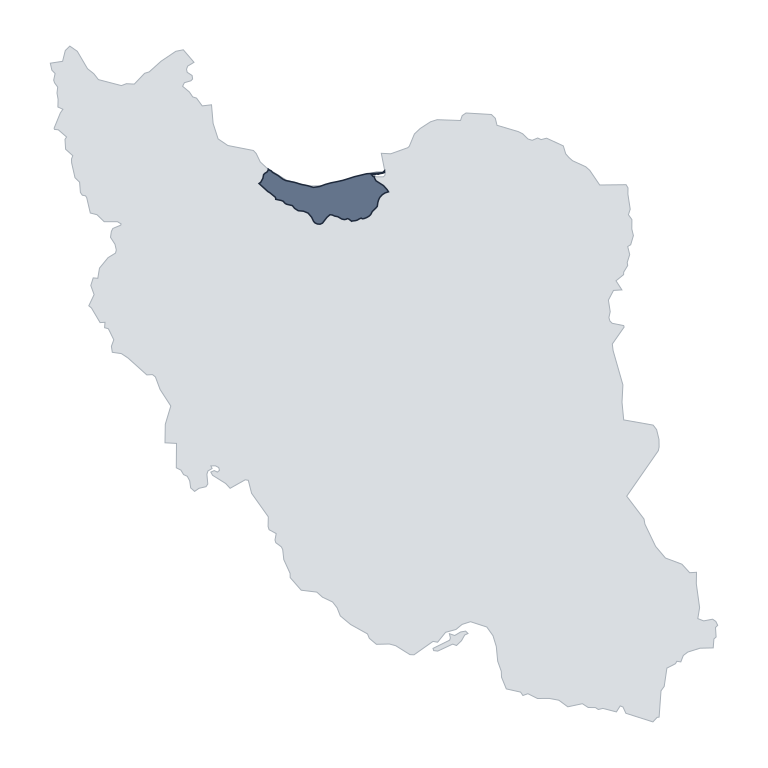 Mazandaran highlighted on a map of Iran
{"feature_id": "IRN-3214", "entity_name": "Mazandaran", "entity_type": "Province", "adm_level": 1, "iso_a3": "IRN", "parent_name": "Iran", "parent_adm1": "", "projection": "equal_earth", "projection_center": [52.513, 36.378], "detail": "fine", "context": "in_parent", "style": "filled", "palette": "slate", "viewbox_px": 768, "rotation_deg": 0, "n_neighbors": 0, "source": "natural_earth", "source_scale": "10m", "svg_char_len": 5074}
<svg xmlns="http://www.w3.org/2000/svg" viewBox="0 0 768 768"><path d="M381.3,153.3L390.7,153.8L407.8,147.7L409.3,146.3L414.4,134.0L420.3,128.4L430.5,121.8L437.1,119.7L460.5,120.5L462.2,115.6L466.0,113.0L491.4,114.5L495.3,118.3L497.0,125.3L518.3,131.6L522.7,133.8L528.0,139.0L532.2,140.3L537.7,138.0L541.1,139.6L546.6,138.2L563.3,145.9L565.7,153.8L568.8,157.4L572.5,160.7L585.8,166.8L589.8,170.4L599.7,185.0L626.1,184.7L628.0,187.9L627.9,194.2L630.2,209.2L628.4,214.7L631.9,219.6L631.8,229.0L633.4,235.6L630.7,244.7L627.7,246.5L629.7,254.6L627.2,262.5L627.7,265.5L623.7,272.1L623.6,274.6L616.0,280.8L621.9,289.9L613.5,290.4L608.4,300.1L610.2,311.7L608.9,317.6L609.9,321.0L612.2,323.3L623.7,325.6L624.1,327.1L612.3,344.0L613.1,350.6L622.9,384.9L622.0,402.2L623.7,419.9L653.1,425.1L656.6,429.6L659.0,439.5L659.1,447.0L658.3,450.7L626.7,496.2L644.0,519.0L644.9,524.1L655.6,546.4L665.4,558.0L681.9,564.2L689.7,572.7L696.5,572.3L696.3,583.7L699.6,607.6L697.8,618.6L703.7,620.9L712.6,619.2L715.8,621.4L717.7,625.3L715.5,627.5L716.1,637.0L713.9,639.0L713.2,647.9L700.0,648.2L687.7,652.1L683.3,655.5L680.8,661.9L676.8,661.3L675.5,663.7L666.9,668.1L664.2,686.4L661.0,690.8L659.1,717.1L657.1,717.4L652.9,721.9L625.9,713.3L623.0,707.0L620.2,705.9L616.4,711.9L602.9,708.4L598.3,709.5L595.5,707.6L588.2,707.5L582.4,703.7L567.8,706.8L558.8,700.2L549.2,698.4L537.5,698.5L527.9,693.7L522.9,695.5L520.6,692.1L506.3,688.9L501.5,677.1L501.3,671.3L497.7,661.2L496.3,646.5L493.0,635.7L486.8,627.0L470.5,621.7L462.1,624.4L455.9,629.5L445.6,632.3L437.6,642.2L433.0,641.4L414.0,654.8L409.9,654.6L395.7,645.7L389.4,644.0L376.4,644.3L369.3,638.3L367.5,633.9L350.6,624.5L340.3,615.9L337.1,607.8L332.6,602.0L322.5,597.2L316.8,592.1L301.2,590.2L290.2,577.6L290.1,573.4L283.8,559.6L282.7,549.5L281.3,546.8L275.8,542.7L275.0,540.0L276.2,533.6L269.1,529.7L268.1,526.6L268.3,516.8L251.6,493.3L248.3,480.3L245.2,479.8L230.1,488.3L225.7,483.5L212.6,475.3L210.8,472.1L214.2,470.6L217.4,472.1L219.5,470.3L218.7,467.5L215.4,465.8L210.9,465.9L212.1,468.5L207.9,471.0L206.9,474.3L207.8,484.0L206.0,486.7L199.0,488.3L194.6,491.4L190.7,487.9L189.7,480.8L187.3,476.3L183.6,474.6L180.9,470.1L176.3,467.8L176.5,443.4L165.0,442.8L165.3,424.3L170.8,406.0L160.1,389.5L155.4,376.9L152.5,374.6L146.8,374.9L128.0,358.0L121.4,353.6L112.3,352.3L111.4,346.3L113.8,339.8L109.6,331.2L108.3,328.7L104.6,327.7L105.0,322.3L100.1,322.6L91.4,307.9L88.8,305.8L94.1,294.6L90.8,285.5L93.2,277.9L97.8,278.3L99.5,268.1L108.1,257.6L115.5,253.1L116.3,250.0L115.0,244.3L110.5,237.3L111.4,231.3L112.9,228.4L120.7,225.2L121.1,223.9L117.5,221.7L104.2,221.7L97.0,214.7L90.3,213.0L86.7,197.6L85.5,195.8L82.3,195.2L80.4,192.4L79.6,182.2L75.0,177.7L71.6,162.7L71.5,159.0L72.8,155.7L65.6,149.2L65.0,139.3L66.6,137.0L58.3,129.8L54.5,129.4L54.1,128.2L60.4,112.8L62.9,109.3L57.9,107.0L58.1,99.4L57.0,93.1L57.7,87.1L54.5,82.7L53.7,80.1L55.1,73.5L51.9,70.2L50.3,63.2L62.6,61.3L65.3,50.5L69.8,46.1L77.3,51.3L87.5,68.7L93.8,73.7L98.4,79.6L121.4,85.6L126.4,83.7L134.3,84.1L144.6,73.3L149.2,71.9L161.1,61.2L175.8,51.3L183.3,49.8L194.0,62.3L187.7,66.1L186.5,69.2L187.2,72.3L192.1,75.5L192.6,79.0L190.9,80.8L184.4,82.7L182.6,86.3L189.4,92.0L192.7,96.9L196.5,98.1L202.2,105.9L211.5,104.8L213.1,123.4L218.1,138.9L227.8,145.5L253.4,150.5L256.2,153.5L260.3,162.0L266.9,168.1L286.6,180.2L308.4,186.0L323.0,185.7L376.5,171.8L381.5,171.8L373.5,175.3L376.5,176.8L383.4,176.8L384.9,175.4L385.2,173.1L381.3,153.3ZM464.7,635.0L461.5,640.7L456.5,645.5L452.7,644.1L437.7,651.1L433.7,650.6L433.0,648.4L449.6,640.2L450.4,638.0L449.4,633.7L454.7,635.5L460.6,632.0L465.6,631.1L468.0,633.5L464.7,635.0Z" fill="#d9dde1" stroke="#a8b0b8" stroke-width="1"/><path d="M268.3,169.2L269.9,170.4L270.6,170.5L271.1,170.8L272.1,171.9L272.6,172.4L277.9,175.4L282.8,179.1L285.6,180.5L295.1,182.5L301.1,184.4L307.4,185.6L313.4,187.4L319.7,186.5L325.3,184.4L331.1,182.8L337.2,181.6L343.0,180.3L348.8,178.5L354.4,176.7L365.6,174.0L367.1,173.7L380.5,172.9L382.9,172.3L384.5,170.8L384.5,172.5L382.6,173.2L380.2,173.6L378.6,174.1L378.2,174.3L377.7,174.2L376.8,173.9L376.3,174.0L375.3,174.4L374.8,174.5L372.8,174.2L371.1,174.2L371.4,174.7L371.8,174.9L373.0,174.8L372.3,175.1L372.0,175.1L372.8,176.3L374.2,176.9L374.4,176.9L374.4,177.5L374.8,178.6L376.0,180.8L383.5,185.6L387.1,189.6L388.5,191.8L385.1,192.9L382.3,194.7L379.8,197.4L378.6,199.9L377.8,202.6L377.3,206.3L376.0,207.9L372.5,211.3L371.7,212.5L371.3,213.6L370.5,214.8L369.0,216.2L366.6,217.6L364.0,218.6L362.3,218.8L361.2,218.1L359.5,218.8L357.3,220.1L355.7,220.6L352.2,221.0L351.7,221.3L348.7,219.0L347.2,218.6L346.1,219.3L344.3,219.6L341.7,219.0L337.8,216.7L334.7,216.1L332.3,215.0L330.0,214.7L326.9,217.4L322.5,223.1L320.1,224.2L317.4,224.0L315.8,223.3L314.7,222.7L313.5,221.2L311.6,217.2L308.1,213.1L303.5,211.2L298.2,210.7L294.6,208.4L292.4,205.6L286.8,204.3L285.4,203.6L284.1,202.4L283.5,201.4L281.3,200.5L275.7,199.3L275.7,198.4L275.3,197.2L269.8,192.7L267.9,191.6L259.0,183.5L260.7,182.3L262.9,178.3L263.6,174.6L265.0,173.2L266.8,172.2L268.0,170.5L268.3,169.3L268.3,169.2Z" fill="#64748b" stroke="#1e293b" stroke-width="1.5"/></svg>